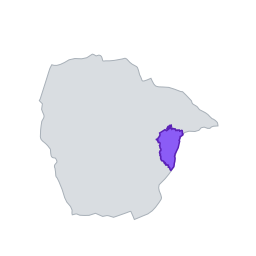 Binga, Matabeleland North, Zimbabwe (highlighted), rotated 158°
{"feature_id": "62879985B54181646880786", "entity_name": "Binga", "entity_type": "district", "adm_level": 2, "iso_a3": "ZWE", "parent_name": "Zimbabwe", "parent_adm1": "Matabeleland North", "projection": "natural_earth1", "projection_center": [27.771, -17.692], "detail": "fine", "context": "in_parent", "style": "filled", "palette": "violet", "viewbox_px": 256, "rotation_deg": 158, "n_neighbors": 0, "source": "geoboundaries", "source_scale": "gbopen_adm2", "svg_char_len": 5690}
<svg xmlns="http://www.w3.org/2000/svg" viewBox="0 0 256 256"><g transform="rotate(158 128 128)"><path d="M175.0,215.2L173.0,213.7L170.4,212.7L166.9,212.3L162.5,212.5L157.1,213.3L151.2,212.3L145.0,209.5L139.8,208.6L133.6,209.8L133.3,209.8L132.2,208.9L130.6,206.8L127.7,206.5L127.0,206.0L126.3,205.3L125.9,204.3L125.8,203.2L126.2,199.9L126.0,199.5L125.2,199.1L123.7,198.7L120.0,197.2L115.3,195.8L107.7,194.2L104.7,193.8L104.0,193.3L103.2,192.1L101.7,188.2L100.3,185.7L97.1,181.8L96.6,180.6L96.7,177.5L97.0,175.1L97.3,172.9L97.1,171.0L97.1,168.5L97.2,166.9L96.8,166.1L95.6,165.6L92.2,165.4L88.1,165.5L88.0,163.0L87.6,159.1L86.8,156.9L85.8,155.8L84.0,154.6L80.2,152.9L75.0,150.4L70.5,146.7L65.4,142.0L63.8,141.2L61.9,136.9L59.0,129.5L59.2,127.0L58.8,125.8L56.0,122.1L55.4,120.2L54.9,118.3L50.4,113.0L48.9,110.6L47.7,107.6L46.6,105.2L45.6,104.3L44.4,102.6L43.5,100.8L43.1,99.4L43.4,97.5L43.8,96.2L48.0,97.6L50.3,97.7L52.2,97.0L54.4,97.9L57.1,100.3L60.0,100.8L63.1,99.3L67.3,99.7L72.7,102.2L77.1,102.6L82.4,100.5L87.1,94.6L91.5,89.0L95.8,82.5L98.4,77.3L102.3,73.1L107.4,69.9L112.5,67.1L120.4,63.7L122.0,61.0L122.6,57.9L122.6,53.7L123.0,51.0L123.8,49.7L125.1,48.7L126.8,47.5L132.0,44.3L136.4,42.2L141.7,40.9L147.6,40.9L153.2,40.8L156.4,40.8L156.4,44.9L156.6,49.5L157.2,49.9L161.5,50.0L168.2,50.3L174.8,50.6L178.9,53.9L180.3,54.7L184.6,55.5L190.1,61.1L196.8,61.6L201.3,63.3L205.4,65.2L207.7,67.5L209.2,68.0L211.2,68.2L212.2,68.4L211.9,70.0L210.6,72.8L210.7,76.8L212.5,82.3L212.8,87.1L212.1,95.5L212.1,103.7L212.3,106.6L212.5,108.6L212.9,109.6L212.8,110.8L211.7,114.3L210.8,117.9L210.8,119.3L210.4,120.4L209.7,121.3L206.8,122.9L206.3,124.0L206.3,125.8L206.7,127.4L207.8,128.0L209.1,128.9L209.6,130.1L209.6,131.3L209.1,133.6L207.9,137.4L209.1,141.8L210.3,144.6L212.1,147.9L212.8,149.9L212.8,151.4L212.5,152.8L209.8,158.8L207.8,162.5L205.4,166.5L202.3,169.0L201.5,170.2L201.1,171.6L201.2,174.6L201.1,177.7L198.3,182.5L200.0,186.6L199.6,187.0L198.7,187.6L194.8,192.3L190.9,197.0L188.1,200.4L184.8,204.4L181.2,208.8L178.1,212.5L175.0,215.2Z" fill="#d9dde1" stroke="#a8b0b8" stroke-width="1"/><path d="M109.2,86.1L109.0,85.9L109.0,85.7L109.1,85.4L108.9,85.1L108.9,84.9L108.6,84.8L108.4,84.8L108.2,84.6L108.0,84.4L107.9,84.1L107.8,83.9L107.7,83.9L107.6,84.0L107.5,83.9L107.5,83.7L107.4,83.7L107.4,83.4L107.5,83.2L107.4,83.0L107.4,82.8L107.5,82.8L107.5,82.7L107.4,82.6L107.2,82.6L106.9,82.5L106.9,82.3L107.0,82.2L107.0,82.4L107.3,82.4L107.4,82.2L106.9,82.0L107.1,81.8L106.9,81.7L106.7,81.5L106.8,81.4L107.1,81.4L107.2,81.2L106.8,80.9L106.7,80.8L106.8,80.5L106.6,80.1L106.8,79.9L106.9,79.6L106.8,79.4L106.7,79.4L106.4,79.3L106.2,79.3L105.9,79.6L105.8,79.3L105.7,79.2L105.8,79.0L105.3,78.4L105.2,78.3L105.0,78.5L104.8,78.7L104.7,78.6L104.5,78.4L104.8,78.1L104.9,77.4L104.8,77.1L104.9,76.8L105.2,76.6L105.3,76.5L105.2,76.4L104.8,76.4L104.5,76.3L104.5,76.2L104.6,75.9L104.2,75.4L104.3,75.0L104.4,74.9L104.5,74.5L104.5,74.2L104.4,74.2L104.4,73.9L104.4,73.4L104.4,73.1L104.3,72.9L104.1,72.6L103.6,72.9L102.0,73.8L101.1,74.3L100.0,74.9L99.3,76.1L99.1,76.4L98.3,77.9L98.2,78.0L97.1,79.6L96.8,80.2L96.0,81.6L95.8,82.2L95.7,82.3L95.6,82.7L95.6,83.3L95.5,84.3L94.1,86.1L94.0,86.4L93.8,86.5L88.9,90.9L85.0,96.5L85.3,97.3L83.7,99.0L83.0,100.2L82.8,100.5L82.3,100.3L81.9,100.5L81.6,100.7L81.2,100.6L80.9,100.8L80.5,100.8L80.2,100.9L80.3,101.0L80.2,101.2L80.2,101.4L80.0,101.5L79.9,101.6L79.3,101.8L79.4,102.1L79.4,102.4L79.5,102.5L79.4,102.6L79.5,102.8L79.4,103.0L79.5,103.2L79.5,103.4L79.4,103.5L79.1,103.7L79.0,103.8L79.0,104.1L78.9,104.3L78.9,104.6L78.9,104.8L78.7,105.2L78.7,105.3L78.8,105.4L79.0,105.7L81.3,105.7L81.3,105.9L81.0,106.4L81.1,106.9L81.6,107.1L81.8,107.2L82.3,107.2L82.8,107.1L82.9,107.4L83.1,107.4L83.2,107.6L83.3,107.5L83.5,107.6L84.3,107.6L84.5,107.6L84.6,107.9L84.6,108.0L84.6,108.3L84.6,108.5L84.5,108.9L84.5,109.0L84.5,109.3L84.8,109.3L85.0,109.3L85.2,109.6L85.3,109.9L85.6,109.9L85.6,110.0L86.0,110.2L86.1,110.4L86.3,110.6L86.5,110.7L87.0,110.6L87.3,110.6L87.8,110.4L87.8,110.9L87.6,111.3L87.8,111.3L88.0,111.4L88.3,111.5L88.3,111.9L88.3,112.1L88.4,112.5L88.4,112.8L88.0,112.8L87.8,112.9L87.6,112.9L87.4,113.0L87.1,113.2L87.1,113.8L87.1,114.0L86.8,114.4L86.8,114.5L87.0,114.5L87.2,114.3L87.3,114.3L87.6,114.5L88.0,114.7L88.1,114.4L88.3,114.4L88.4,114.2L88.5,114.3L88.7,114.5L89.6,114.4L90.4,114.4L92.1,112.9L89.4,112.8L89.2,112.2L90.7,111.8L92.8,111.1L93.2,111.0L93.7,111.6L94.5,112.6L98.3,111.9L100.6,111.5L100.7,110.3L100.7,110.0L101.0,109.7L101.0,109.4L101.3,109.2L101.5,109.0L101.6,108.8L101.6,108.7L101.8,108.6L102.0,108.6L102.3,108.4L102.5,108.2L102.8,107.9L103.2,107.8L103.3,107.8L103.5,107.7L103.8,107.3L104.4,106.9L105.1,106.8L105.7,106.9L105.9,106.9L106.1,106.6L106.0,106.4L105.7,106.3L105.4,106.3L104.9,106.2L104.9,105.9L104.8,105.7L104.8,105.4L105.3,105.1L105.3,104.4L105.3,104.0L105.2,103.4L105.3,103.1L105.1,103.0L104.9,102.9L104.6,103.2L104.4,103.1L104.3,102.8L104.1,102.6L103.9,102.0L104.0,101.6L104.3,101.1L104.7,100.5L104.9,100.0L105.3,99.9L105.2,99.7L105.3,99.5L105.3,99.3L105.4,99.1L105.5,98.8L105.4,98.3L105.5,98.2L105.7,97.9L105.7,97.7L105.8,97.4L105.7,97.3L105.6,97.2L105.5,96.7L105.4,96.5L105.4,96.2L105.4,95.9L105.6,95.7L105.8,95.4L105.9,95.1L105.9,94.9L106.0,94.7L106.3,94.6L106.6,94.6L106.8,94.8L107.4,94.2L107.5,94.1L107.5,93.9L107.8,93.7L107.7,93.4L107.8,93.2L108.0,93.1L108.0,92.9L108.1,92.7L108.1,92.4L108.1,92.2L108.1,91.9L108.1,91.7L108.3,91.4L108.4,91.2L108.5,90.9L108.6,90.7L108.4,90.6L108.2,90.7L108.4,90.3L108.3,90.2L108.2,89.9L108.4,89.7L108.3,89.3L108.5,89.2L108.7,88.9L108.7,88.7L108.6,88.4L108.7,88.2L108.8,87.9L109.0,87.6L109.3,87.3L109.3,87.1L109.1,86.8L109.1,86.7L109.2,86.2L109.2,86.1Z" fill="#8b5cf6" stroke="#5b21b6" stroke-width="1.5"/></g></svg>